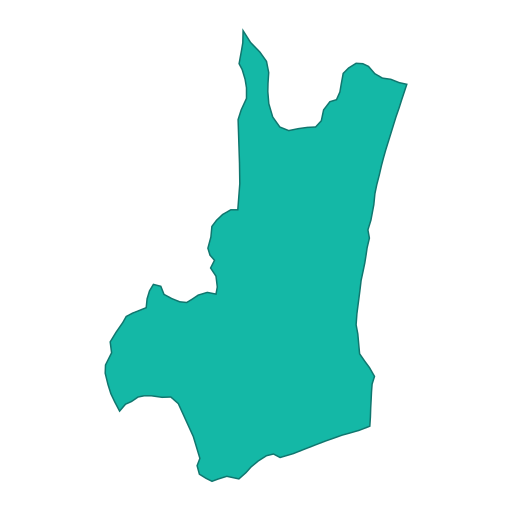 Barra Velha, Santa Catarina, Brazil (Robinson projection)
{"feature_id": "56859067B48185053064222", "entity_name": "Barra Velha", "entity_type": "district", "adm_level": 2, "iso_a3": "BRA", "parent_name": "Brazil", "parent_adm1": "Santa Catarina", "projection": "robinson", "projection_center": [-48.728, -26.649], "detail": "fine", "context": "isolated", "style": "filled", "palette": "teal", "viewbox_px": 512, "rotation_deg": 0, "n_neighbors": 0, "source": "geoboundaries", "source_scale": "gbopen_adm2", "svg_char_len": 1866}
<svg xmlns="http://www.w3.org/2000/svg" viewBox="0 0 512 512"><path d="M243.1,30.7L242.8,42.8L241.5,50.5L239.1,63.7L242.2,69.6L245.1,79.3L246.5,87.8L246.5,98.4L241.2,109.9L238.1,119.6L239.5,163.1L239.8,183.7L237.8,209.8L230.8,209.8L222.6,214.5L216.6,220.2L211.9,226.4L210.9,237.0L207.9,248.2L210.0,255.2L214.5,260.3L210.6,268.0L216.0,276.2L217.3,287.0L216.0,294.1L207.3,292.4L198.2,295.1L192.3,299.1L186.7,302.5L179.7,301.8L171.8,298.6L164.0,294.4L160.8,286.3L153.4,284.4L149.5,290.9L147.1,298.8L146.2,307.7L132.6,313.1L126.2,316.5L122.9,322.4L116.1,332.2L110.2,341.9L111.6,352.8L105.5,365.0L105.2,373.2L108.0,384.6L110.9,393.8L114.8,402.0L119.6,411.1L125.5,404.2L131.5,401.5L138.1,397.0L144.1,395.8L151.5,395.8L162.1,397.3L170.8,397.0L178.3,403.6L193.3,436.5L199.9,458.4L197.1,465.7L199.4,474.2L206.0,478.3L212.0,481.3L218.2,479.0L226.8,476.3L238.9,478.9L245.9,472.7L251.1,466.9L258.2,461.0L266.5,455.7L273.5,454.0L280.1,457.5L293.3,453.6L303.6,449.5L315.9,444.7L325.0,441.2L342.2,435.1L349.2,433.2L359.2,430.3L369.8,426.2L370.4,417.1L370.7,407.9L371.1,400.2L371.5,392.0L372.1,384.1L374.5,376.4L369.4,367.5L364.8,361.3L359.6,353.8L358.8,345.2L357.8,334.0L356.1,324.8L356.9,313.7L358.8,299.1L360.1,288.9L361.1,280.4L363.1,271.1L364.8,262.9L366.1,254.7L367.1,247.8L369.4,238.1L367.9,229.9L370.9,220.2L373.8,204.8L374.9,193.7L376.8,184.5L379.2,175.3L381.5,165.4L383.4,158.2L385.5,150.7L387.7,143.6L390.2,135.6L393.0,126.5L396.0,116.8L399.1,107.9L401.7,99.7L404.4,91.6L406.8,84.3L399.1,82.6L390.8,79.3L382.4,78.1L374.8,73.7L368.5,66.4L362.8,63.7L356.1,63.3L348.6,68.0L343.2,73.4L341.2,84.3L339.9,92.0L336.5,99.7L329.9,101.7L323.6,109.9L321.3,120.8L315.6,127.0L307.4,127.4L298.6,128.6L288.7,130.6L279.8,127.0L272.7,117.0L268.8,103.7L267.8,91.6L268.0,83.1L268.7,72.6L266.5,61.4L259.9,52.1L250.5,42.4L243.1,30.7Z" fill="#14b8a6" stroke="#0f766e" stroke-width="1.5"/></svg>